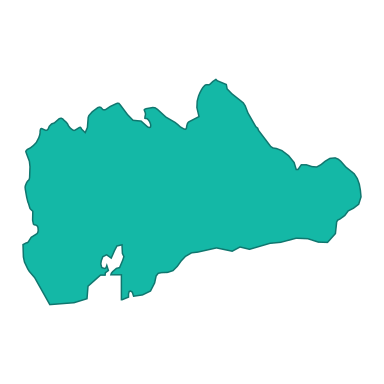 map outline of Guantánamo (Equal Earth projection)
{"feature_id": "CUB-1365", "entity_name": "Guantánamo", "entity_type": "Province", "adm_level": 1, "iso_a3": "CUB", "parent_name": "Cuba", "parent_adm1": "", "projection": "equal_earth", "projection_center": [-75.006, 20.219], "detail": "fine", "context": "isolated", "style": "filled", "palette": "teal", "viewbox_px": 384, "rotation_deg": 0, "n_neighbors": 0, "source": "natural_earth", "source_scale": "10m", "svg_char_len": 3077}
<svg xmlns="http://www.w3.org/2000/svg" viewBox="0 0 384 384"><path d="M121.4,299.7L121.4,274.8L110.9,274.8L111.4,273.2L112.7,271.6L116.4,268.4L119.6,267.6L122.6,260.5L123.9,256.6L122.4,253.4L122.0,244.8L116.9,246.0L114.5,250.6L113.0,254.1L111.2,258.1L109.2,256.6L106.6,254.8L102.8,256.7L101.3,260.7L100.8,263.9L101.7,267.5L103.0,268.0L104.6,268.5L105.6,268.2L106.3,267.0L106.8,265.5L107.3,267.1L108.4,270.5L105.4,272.7L105.1,275.1L100.5,275.1L88.0,286.2L87.0,298.7L74.1,302.7L49.8,304.6L34.7,277.7L29.3,271.4L27.8,269.0L24.5,262.1L23.4,257.0L23.0,244.6L26.4,242.8L27.2,242.8L28.2,242.0L31.2,237.3L37.1,233.6L37.8,232.4L38.2,230.6L38.0,227.6L37.4,226.1L35.8,225.0L34.8,224.9L34.1,224.7L33.4,224.0L32.6,220.2L32.8,211.3L30.5,209.1L30.0,208.4L29.8,207.9L28.5,203.5L27.9,202.1L26.7,197.3L25.3,189.3L25.1,187.1L25.4,185.6L26.5,182.9L27.2,181.7L27.8,180.9L28.7,180.1L29.2,179.4L29.6,177.6L30.0,166.8L29.4,161.3L26.8,154.4L25.8,151.6L26.2,150.6L27.4,149.4L30.5,147.8L33.4,145.5L36.3,142.5L38.8,137.7L39.7,135.0L40.1,132.8L40.1,131.2L40.3,130.0L40.7,128.9L41.4,128.5L42.6,128.9L43.5,129.4L45.9,130.4L47.1,130.1L48.1,129.1L49.3,126.3L51.6,123.9L54.4,122.9L59.2,118.7L61.1,118.2L62.7,118.9L63.8,120.1L66.1,122.1L67.5,123.8L68.4,125.7L68.7,126.2L70.4,128.2L72.6,129.9L73.7,130.4L74.8,130.3L79.4,127.5L80.3,127.3L81.2,128.2L81.6,129.2L85.2,132.6L87.4,127.5L88.2,117.5L88.9,115.6L92.2,111.8L97.8,107.6L99.5,107.1L100.8,107.4L102.9,109.6L104.1,109.9L105.6,109.6L110.2,106.5L115.9,103.8L117.5,103.2L118.9,103.4L120.4,105.1L127.5,114.6L133.0,120.3L141.1,121.1L147.8,127.1L149.4,127.5L150.4,127.2L150.7,126.0L150.7,125.0L150.5,124.1L150.2,123.2L149.6,121.7L148.6,120.2L147.2,118.7L145.2,118.4L144.9,118.3L144.9,117.8L145.0,116.7L145.5,114.4L145.4,113.5L145.2,112.5L144.2,109.9L144.7,109.3L146.1,108.7L152.8,107.5L155.1,107.8L157.5,109.4L165.9,117.1L175.0,122.4L177.7,124.5L180.3,126.9L183.6,128.8L185.2,129.3L186.2,128.7L186.5,127.7L186.8,125.7L187.2,124.4L187.5,123.4L188.2,122.4L188.9,121.8L199.0,116.6L196.9,107.6L197.2,101.1L198.6,95.9L199.9,92.8L201.6,89.5L202.9,87.5L204.8,85.4L205.7,84.9L206.8,84.7L208.7,84.8L209.5,84.6L210.3,83.9L212.8,81.5L215.9,79.4L217.2,80.7L226.3,84.5L227.1,88.9L231.9,93.8L243.3,102.9L245.2,105.9L247.9,112.9L255.8,126.7L257.7,128.2L258.5,130.4L270.7,146.5L273.0,148.0L276.4,148.5L281.9,150.6L288.6,155.7L294.1,162.5L296.2,169.5L298.0,169.5L301.3,164.8L306.4,164.8L311.9,166.6L316.7,167.0L320.9,164.7L325.2,161.2L329.9,158.4L335.2,157.9L338.3,159.2L340.8,161.3L345.8,167.0L354.2,173.8L357.3,178.6L359.3,184.2L360.4,190.4L361.0,196.9L358.7,204.2L353.5,208.2L348.2,210.9L344.8,215.5L339.7,219.2L338.0,219.9L336.7,221.7L335.4,233.6L327.5,242.4L318.3,242.1L307.8,238.7L296.2,238.2L280.6,242.3L270.0,243.3L249.5,249.3L240.0,247.0L232.2,251.2L216.5,247.9L197.7,252.1L191.6,252.8L185.4,256.4L181.1,261.0L177.3,266.3L173.0,270.6L167.5,272.4L161.6,272.6L158.2,273.3L156.1,276.0L154.6,283.0L150.5,291.0L142.5,294.9L133.6,296.2L132.3,292.2L130.5,291.0L129.2,291.5L128.5,293.9L128.5,297.1L122.2,299.7L121.4,299.7Z" fill="#14b8a6" stroke="#0f766e" stroke-width="1.5"/></svg>